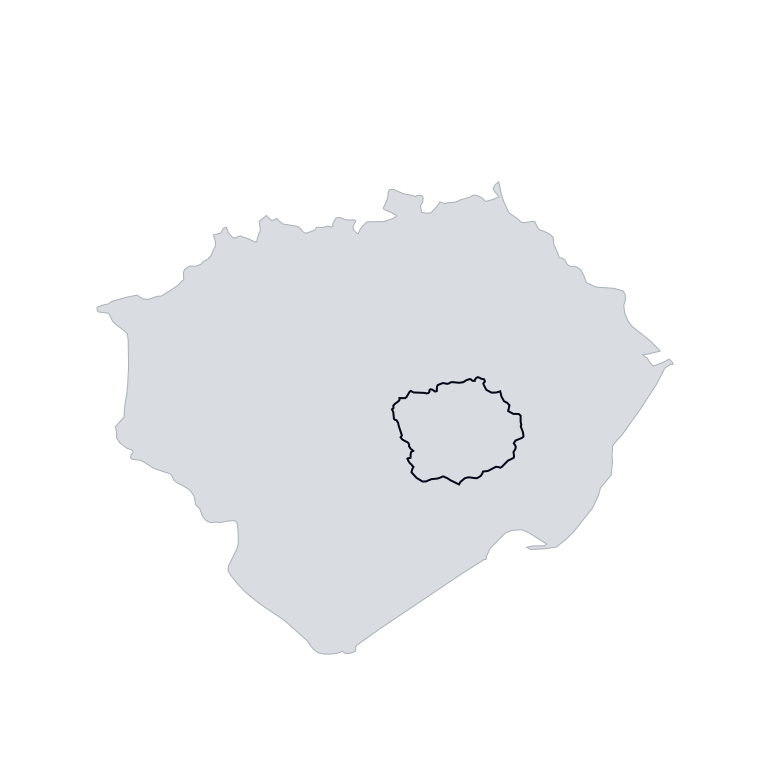 Kuyavian-Pomeranian highlighted on a map of Poland, rotated 143°
{"feature_id": "POL-3145", "entity_name": "Kuyavian-Pomeranian", "entity_type": "Voivodeship", "adm_level": 1, "iso_a3": "POL", "parent_name": "Poland", "parent_adm1": "", "projection": "mercator", "projection_center": [18.543, 52.987], "detail": "fine", "context": "in_parent", "style": "outline", "palette": "ink", "viewbox_px": 768, "rotation_deg": 143, "n_neighbors": 0, "source": "natural_earth", "source_scale": "10m", "svg_char_len": 5580}
<svg xmlns="http://www.w3.org/2000/svg" viewBox="0 0 768 768"><g transform="rotate(143 384 384)"><path d="M606.1,424.5L608.8,429.9L609.8,434.2L608.7,437.6L609.0,441.0L618.9,455.5L622.6,466.0L624.9,470.1L630.4,475.4L630.9,477.6L628.7,479.6L625.5,480.4L624.6,482.2L627.9,487.2L630.3,495.4L630.1,502.2L628.3,503.9L625.9,507.9L624.3,511.5L611.4,514.1L608.3,518.0L601.2,525.5L596.4,529.8L589.2,537.6L578.0,551.0L561.6,573.4L558.8,578.6L559.4,582.8L562.3,592.7L562.9,597.1L562.4,601.2L561.4,604.9L561.6,606.5L568.6,613.3L568.8,614.7L568.2,616.5L566.7,617.9L561.4,616.4L555.4,613.6L553.3,614.0L550.1,613.3L536.7,607.9L527.7,603.6L526.8,600.8L525.1,596.8L521.2,593.4L512.4,590.5L508.8,588.2L494.5,587.0L488.3,586.9L483.9,587.9L481.1,587.8L477.2,593.7L474.6,595.4L470.7,595.6L467.3,594.6L463.8,591.4L458.2,589.8L454.1,590.6L451.2,589.9L448.6,589.7L447.7,590.4L445.7,590.3L442.7,591.8L439.4,593.9L435.8,595.5L433.0,599.0L430.5,605.7L423.5,602.7L421.2,604.0L417.9,604.9L415.6,604.0L416.2,601.7L417.2,599.0L417.1,595.3L416.5,591.3L414.3,589.9L411.1,589.4L409.4,588.6L409.2,587.3L407.6,585.6L404.7,581.2L401.9,575.7L400.1,574.1L397.3,576.7L393.2,579.6L390.6,580.7L385.6,589.1L376.6,589.4L376.1,585.5L375.1,581.7L369.9,580.7L369.8,578.5L368.6,572.9L358.1,561.8L356.9,557.2L357.3,555.4L356.5,552.5L354.3,550.7L346.0,548.6L343.8,549.8L341.9,548.6L338.9,545.9L333.6,543.8L333.1,542.7L331.2,540.8L330.1,540.5L329.4,541.7L327.9,543.3L322.5,545.4L320.4,544.5L318.4,542.7L316.2,538.9L312.9,535.5L310.3,534.3L308.7,532.5L308.4,531.1L314.3,528.3L315.6,525.4L314.9,520.2L314.0,519.5L311.6,521.3L306.7,522.8L302.1,523.6L299.8,523.6L286.7,514.0L278.3,511.1L273.3,510.2L272.7,511.2L275.0,516.6L278.9,523.2L278.7,525.0L271.4,528.8L268.3,531.1L265.6,534.3L263.3,535.7L261.4,535.4L259.3,533.8L253.9,524.1L247.1,516.6L246.3,514.9L244.1,514.5L241.2,512.8L240.1,510.5L241.6,508.1L243.7,505.9L247.4,504.5L248.5,503.2L249.1,501.3L250.5,498.8L250.1,497.9L247.5,495.1L243.7,492.4L233.0,494.4L230.1,495.8L228.4,494.0L227.2,491.3L224.5,490.7L220.8,488.3L216.4,485.8L212.1,485.1L203.2,481.6L199.8,481.4L197.8,480.2L195.7,477.5L194.0,474.6L193.0,468.7L186.5,466.0L179.9,464.3L179.5,465.2L179.7,471.1L179.4,474.3L175.1,476.3L170.8,476.5L171.0,475.5L176.2,464.7L178.5,457.9L181.1,445.5L177.9,435.6L177.1,431.0L175.6,428.8L166.6,424.0L165.9,422.3L167.3,415.8L166.6,413.0L164.5,410.1L161.6,404.3L160.5,399.4L164.2,393.6L166.6,383.4L168.0,379.3L165.6,377.1L165.0,373.8L165.7,369.2L164.4,365.8L161.2,363.5L159.2,360.6L158.2,356.9L158.9,351.1L161.4,343.2L156.2,333.6L143.3,322.5L137.1,314.6L137.6,310.1L140.3,306.1L145.3,302.4L149.0,295.9L151.1,288.2L151.3,281.2L145.5,258.6L144.6,252.9L143.6,244.1L154.9,248.9L159.6,251.7L159.0,248.6L158.1,246.0L158.7,242.1L158.4,236.3L148.1,233.3L141.3,232.3L140.6,228.2L141.2,225.6L143.1,227.1L149.8,227.8L166.2,219.9L194.5,209.6L224.8,200.0L231.8,198.9L239.0,196.9L241.6,193.3L244.2,190.8L248.3,184.4L257.4,174.5L273.6,170.8L279.6,166.1L292.2,159.4L320.9,152.0L332.9,150.3L344.7,150.1L355.2,156.0L366.3,163.3L368.3,167.7L362.3,164.9L353.5,158.4L350.3,158.1L357.8,178.0L361.9,184.9L370.1,190.2L377.0,191.9L398.3,188.8L405.9,184.6L408.1,182.5L410.1,183.6L438.0,185.8L535.0,191.0L562.9,191.8L564.6,191.2L567.4,187.9L570.9,188.4L575.0,190.4L576.9,192.0L577.7,193.7L578.2,195.7L580.5,196.1L584.6,197.6L590.1,201.1L594.5,204.5L598.6,209.3L600.0,214.8L600.1,220.9L599.8,224.9L605.8,255.0L615.2,282.3L618.7,295.4L620.1,302.4L621.2,312.4L621.5,319.5L621.5,323.5L620.8,328.9L618.0,332.1L599.9,341.3L596.5,344.2L591.2,351.3L586.3,358.7L585.1,361.2L584.8,362.8L585.9,365.2L592.3,369.1L598.8,372.3L601.0,374.6L605.8,377.6L607.5,380.3L608.4,382.7L608.4,388.1L606.2,395.6L607.1,401.2L604.9,405.0L603.1,409.1L602.9,416.4L606.1,424.5Z" fill="#d9dde1" stroke="#a8b0b8" stroke-width="1"/><path d="M415.2,297.0L412.8,298.9L410.3,300.1L410.6,301.6L410.6,303.3L411.0,305.7L410.9,307.3L410.6,308.9L410.2,310.3L409.2,310.2L408.3,309.5L407.3,309.1L406.3,310.1L405.4,311.5L403.3,313.3L400.9,313.0L401.7,316.3L401.4,319.4L400.4,320.5L400.0,322.1L400.5,323.8L401.4,325.4L402.8,328.8L402.8,331.5L400.7,332.1L397.4,341.8L396.1,344.5L395.8,347.6L396.8,348.7L397.0,350.2L393.4,356.2L393.2,357.6L392.8,359.0L391.9,358.9L390.9,359.1L390.3,360.0L389.9,360.9L388.0,361.5L381.9,361.6L381.0,362.1L380.7,362.9L380.2,363.5L375.5,359.9L373.7,360.1L368.5,362.3L366.8,362.4L365.4,359.4L357.2,352.7L355.7,350.9L354.0,350.1L353.1,350.2L352.2,350.6L351.7,351.5L350.9,351.9L349.7,351.6L348.8,350.2L348.2,348.8L347.8,347.3L347.1,346.9L346.1,346.6L343.3,350.0L341.6,350.8L336.6,349.4L335.0,347.9L333.5,346.1L331.9,345.4L330.0,345.3L328.3,344.4L323.2,339.7L319.5,337.7L316.0,337.5L312.9,336.5L312.3,336.1L311.9,335.6L311.7,334.3L311.3,333.2L309.7,331.9L308.9,332.7L306.9,333.3L304.9,333.0L303.9,331.4L303.1,329.5L301.3,327.7L301.7,325.6L302.5,325.0L303.4,325.0L304.2,324.8L304.8,323.6L305.8,317.8L303.4,312.5L299.6,309.7L295.6,308.2L297.8,303.1L298.5,298.0L297.0,295.0L296.6,291.5L301.1,287.7L298.7,282.3L294.5,279.0L293.9,276.5L297.5,271.8L298.9,268.8L300.3,267.9L301.8,262.7L303.0,260.0L304.3,258.1L306.2,257.9L313.0,259.7L316.1,258.5L316.1,256.7L316.3,255.5L316.6,254.5L318.2,253.0L321.6,251.7L323.6,248.0L325.0,247.0L331.2,248.2L339.6,246.9L341.4,247.1L342.8,249.0L344.4,250.5L353.3,252.0L357.6,254.5L359.4,253.3L362.3,252.3L366.3,252.8L367.3,253.4L367.9,254.2L368.7,254.7L372.0,258.1L373.5,259.1L376.2,260.1L381.9,259.8L384.5,258.6L388.8,267.0L390.1,270.6L391.6,273.4L392.3,274.5L393.5,275.0L394.4,275.1L398.2,276.3L403.5,279.5L409.2,281.0L411.9,282.9L414.5,289.4L415.2,297.0Z" fill="none" stroke="#020617" stroke-width="2"/></g></svg>